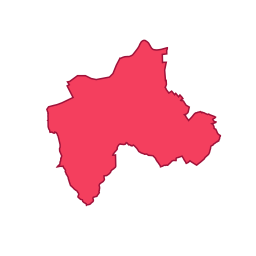 Harau, Hunedoara, Romania, rotated 136°
{"feature_id": "2599482B17329602962763", "entity_name": "Harau", "entity_type": "district", "adm_level": 2, "iso_a3": "ROU", "parent_name": "Romania", "parent_adm1": "Hunedoara", "projection": "mercator", "projection_center": [22.984, 45.914], "detail": "fine", "context": "isolated", "style": "filled", "palette": "rose", "viewbox_px": 256, "rotation_deg": 136, "n_neighbors": 0, "source": "geoboundaries", "source_scale": "gbopen_adm2", "svg_char_len": 5555}
<svg xmlns="http://www.w3.org/2000/svg" viewBox="0 0 256 256"><g transform="rotate(136 128 128)"><path d="M72.4,56.0L72.0,55.7L71.6,55.7L71.0,56.2L70.6,56.4L70.0,56.5L69.7,56.6L69.2,57.0L68.8,57.4L68.6,57.6L68.4,57.7L67.9,57.8L67.5,57.9L67.1,58.1L66.9,58.3L66.8,58.5L67.1,59.0L67.1,59.4L67.3,60.3L67.3,61.7L67.1,62.3L67.1,62.5L66.8,63.2L66.4,64.1L66.3,64.4L66.1,65.1L65.7,66.0L66.4,67.8L65.3,69.1L64.6,70.9L64.4,71.9L64.7,72.8L64.2,72.6L63.1,71.9L62.2,71.5L61.0,71.0L60.5,71.3L61.5,72.6L61.1,75.3L60.2,75.4L58.8,74.9L57.8,74.9L57.5,75.0L57.8,76.1L58.4,77.4L59.9,80.6L60.3,82.0L61.4,82.5L62.4,85.0L62.7,86.0L63.2,86.8L63.8,88.0L64.3,87.8L64.6,89.6L65.3,89.8L66.8,90.8L68.0,91.2L68.5,91.7L69.6,92.0L71.0,92.0L74.0,91.6L79.2,91.3L78.9,92.7L78.8,94.3L78.6,94.8L78.5,96.1L78.1,96.6L78.2,98.4L76.2,97.5L74.2,97.5L73.0,98.1L69.4,100.5L70.4,104.0L69.8,107.2L69.4,108.7L69.6,109.2L69.6,109.9L70.6,110.6L70.9,111.2L70.4,111.3L68.4,111.3L68.1,111.1L67.8,112.5L67.7,115.7L69.9,115.3L69.6,119.8L70.4,119.8L71.3,119.6L71.0,124.2L74.3,124.8L73.8,128.9L73.5,129.7L73.3,130.1L73.1,131.0L73.1,131.4L72.6,131.6L72.2,131.6L71.8,131.9L71.0,132.2L70.3,132.5L69.9,132.9L67.5,135.7L68.1,136.1L61.4,144.2L55.3,148.4L54.8,148.7L56.7,150.5L57.7,151.1L52.2,157.1L48.6,154.4L46.3,156.9L44.7,157.7L44.0,158.4L44.7,158.9L45.9,159.5L47.1,160.2L49.2,161.3L50.4,162.1L51.7,163.0L52.7,163.8L53.3,164.3L53.7,164.8L54.2,165.3L54.7,166.0L55.3,166.9L55.5,167.7L55.6,168.7L55.5,169.6L55.3,170.6L55.0,171.6L54.8,172.6L54.5,173.6L54.2,175.0L54.3,176.3L54.4,177.2L54.6,177.9L54.7,178.5L54.9,179.1L55.3,179.6L56.0,180.2L56.8,180.5L57.9,180.7L58.9,180.7L60.1,180.3L61.3,180.0L62.6,179.4L63.7,179.0L64.9,178.7L66.3,178.4L67.6,178.2L71.1,177.7L72.5,177.5L73.8,177.4L75.1,177.6L76.1,178.0L77.2,178.4L78.0,179.0L78.8,179.8L79.5,180.4L80.7,181.4L82.3,182.3L83.6,182.8L84.9,183.2L85.2,183.8L92.7,181.3L101.0,177.6L106.0,177.5L117.2,184.9L120.1,189.1L122.3,195.2L128.0,200.7L137.6,202.0L139.5,203.2L140.2,199.9L142.5,200.6L143.4,197.7L146.3,188.1L157.5,191.8L158.1,192.0L159.2,192.5L162.2,193.8L163.4,194.4L165.9,195.9L170.4,198.4L173.4,197.8L174.3,196.0L174.9,194.5L175.4,193.8L175.6,193.9L175.7,193.7L176.9,192.5L177.3,192.2L177.8,191.5L178.6,190.7L179.6,189.5L180.0,189.3L180.5,189.3L180.5,188.7L183.6,185.4L184.6,184.3L185.7,182.2L185.7,181.4L186.2,180.4L186.7,179.7L187.0,179.1L186.8,179.0L186.4,178.6L185.6,177.9L185.4,177.1L185.1,176.1L184.9,175.8L184.3,175.3L183.8,175.4L183.7,175.6L183.6,175.8L183.4,175.9L183.1,175.0L182.8,174.6L182.8,174.3L183.1,172.9L183.3,172.4L183.7,171.7L183.8,171.0L185.1,168.7L186.6,166.2L188.4,163.2L190.1,161.4L191.6,160.7L193.2,158.8L194.5,155.4L195.0,154.0L197.1,152.7L197.3,152.9L197.9,152.4L198.5,151.8L199.6,151.0L200.4,150.8L202.0,149.4L202.3,149.3L205.5,149.3L205.9,149.2L203.4,147.6L202.7,146.9L202.5,146.6L201.2,145.6L201.9,144.2L201.9,142.9L202.3,141.0L203.4,140.3L203.9,139.0L204.1,138.2L204.6,137.5L204.6,136.6L205.5,133.6L206.1,133.1L206.8,131.6L207.6,130.1L209.3,126.5L209.2,126.3L209.2,125.9L209.0,125.2L209.1,124.9L209.1,124.4L209.1,124.0L209.0,122.8L209.1,121.9L209.0,120.7L208.9,120.5L208.8,119.9L208.8,119.5L208.5,118.7L208.5,117.6L208.6,117.2L208.8,116.9L208.8,116.5L208.8,116.1L209.0,115.4L209.4,114.6L209.9,114.3L211.6,113.5L212.0,112.8L211.8,112.0L211.9,111.3L211.8,110.8L211.7,109.6L210.7,108.0L211.5,106.7L211.5,105.5L211.4,104.8L210.7,102.6L211.5,101.3L211.0,101.2L210.7,101.1L209.2,100.0L207.8,99.5L206.5,99.6L204.2,99.4L203.0,100.1L202.1,101.8L201.1,102.3L200.1,101.7L199.3,101.4L198.3,100.7L197.7,100.5L196.6,100.9L195.2,101.1L193.6,101.4L192.8,102.7L192.2,102.9L191.5,103.4L191.0,104.0L190.5,104.2L189.7,105.0L189.4,105.4L188.7,106.7L188.4,107.0L188.2,107.0L186.9,107.5L186.5,107.4L184.8,107.1L183.8,106.9L182.9,106.8L181.0,107.2L180.6,107.5L179.6,109.1L179.0,109.6L178.5,110.2L177.5,109.5L176.4,108.6L174.6,108.3L172.8,108.1L172.1,108.3L171.4,108.3L170.8,108.5L170.0,109.0L169.5,108.9L168.4,109.0L166.6,108.6L165.9,108.7L165.3,108.6L164.7,108.6L164.2,108.6L163.7,108.8L163.1,109.3L155.7,117.3L157.1,118.3L157.8,119.0L156.7,119.5L155.7,119.6L154.0,119.9L152.3,120.0L150.9,120.2L150.2,120.4L149.7,121.2L148.3,121.9L147.2,122.1L146.2,122.3L145.9,122.3L145.4,122.2L145.0,122.1L144.7,122.0L144.7,121.7L144.1,121.0L143.8,120.6L143.4,120.2L142.9,119.4L142.7,119.2L142.2,119.0L141.9,118.8L141.8,118.5L141.5,118.4L141.3,118.3L140.9,118.3L140.6,118.3L139.7,118.6L139.4,118.7L139.2,118.4L139.2,118.5L139.2,118.3L139.1,117.9L139.2,117.7L139.1,117.4L139.2,115.3L138.3,114.7L138.3,114.4L138.3,113.7L138.1,113.3L137.4,112.7L137.5,112.3L136.0,112.0L135.8,110.6L135.8,109.2L135.8,107.2L136.3,104.6L136.5,103.6L136.3,102.6L136.0,102.0L135.9,101.1L135.4,100.1L134.5,98.4L134.3,97.6L132.6,96.2L132.3,94.2L130.3,92.0L129.3,90.7L129.3,87.0L129.8,85.8L130.3,83.3L130.3,82.0L130.5,81.6L130.9,78.9L131.1,78.3L131.6,77.5L129.5,76.5L128.1,76.2L127.0,75.1L126.1,74.6L125.5,73.8L124.9,73.6L123.7,73.7L122.4,73.6L119.3,73.7L118.3,73.3L117.6,72.9L116.1,71.2L115.7,71.4L114.9,72.4L114.2,72.8L113.9,72.8L112.5,72.0L108.7,70.2L109.3,67.4L109.6,66.7L109.7,66.0L109.8,65.7L110.0,65.3L110.0,65.0L110.0,64.6L110.1,64.1L110.3,63.3L110.6,62.6L110.7,62.1L110.2,61.9L109.5,61.7L108.5,61.4L107.6,61.4L106.9,61.3L106.5,61.4L106.2,61.4L106.1,60.6L106.0,59.8L104.6,54.2L104.4,53.6L101.2,53.3L99.8,53.1L96.5,52.9L94.8,52.8L94.4,52.9L93.6,53.1L93.3,53.3L91.4,53.2L88.5,53.1L86.6,53.7L84.2,55.2L82.9,55.9L81.6,57.0L80.8,57.3L80.4,57.3L78.9,56.7L77.6,57.0L76.6,56.7L75.5,56.6L73.9,56.4L73.5,56.1L72.9,56.3L72.7,56.2L72.4,56.0Z" fill="#f43f5e" stroke="#9f1239" stroke-width="1.5"/></g></svg>